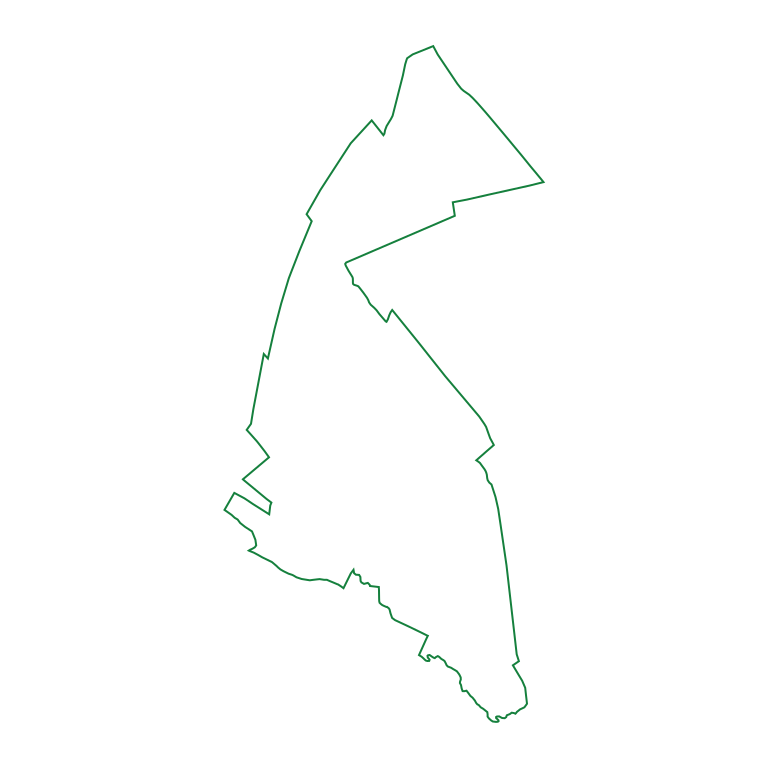 outline of Ion Neculce, Iasi, Romania
{"feature_id": "2599482B50193316932914", "entity_name": "Ion Neculce", "entity_type": "district", "adm_level": 2, "iso_a3": "ROU", "parent_name": "Romania", "parent_adm1": "Iasi", "projection": "mercator", "projection_center": [26.972, 47.231], "detail": "fine", "context": "isolated", "style": "outline", "palette": "green", "viewbox_px": 768, "rotation_deg": 0, "n_neighbors": 0, "source": "geoboundaries", "source_scale": "gbopen_adm2", "svg_char_len": 3651}
<svg xmlns="http://www.w3.org/2000/svg" viewBox="0 0 768 768"><path d="M543.5,182.1L543.2,181.7L536.7,173.8L530.1,165.9L521.6,155.4L503.5,133.6L489.5,116.9L484.8,111.4L477.3,102.9L472.8,98.1L469.2,94.7L463.7,90.9L461.2,88.7L457.2,83.6L437.7,54.5L433.2,46.1L412.7,54.4L407.2,58.2L406.9,58.9L406.5,60.0L405.5,63.3L405.2,64.3L402.9,75.4L398.4,93.0L396.9,99.0L392.6,115.8L390.9,119.1L389.1,122.0L386.6,126.1L385.1,130.1L384.4,133.7L383.4,135.2L371.7,120.4L350.7,143.3L330.4,174.5L320.3,190.1L306.6,214.2L311.7,221.2L299.3,251.2L291.1,272.3L288.8,278.3L281.2,303.5L274.6,328.8L267.9,358.5L263.8,354.0L253.3,409.5L251.0,423.8L246.7,429.9L249.7,433.2L256.9,441.3L258.5,443.3L264.7,451.3L269.0,457.3L242.9,479.3L243.4,479.8L266.6,499.0L271.4,502.6L270.3,505.4L270.2,506.0L269.2,514.3L262.4,510.0L252.9,504.0L244.4,498.3L234.3,492.9L224.5,509.9L227.5,512.0L231.6,514.9L234.7,517.8L237.6,519.5L240.2,523.0L245.1,526.9L252.0,531.4L253.4,534.8L255.4,539.8L256.2,545.4L254.8,547.3L252.3,548.8L250.0,549.8L248.8,550.6L249.4,550.9L253.7,552.6L258.4,555.1L262.2,557.3L272.0,562.1L276.7,566.1L278.1,567.5L280.4,569.4L283.5,571.2L288.6,573.7L292.0,574.8L293.3,575.4L296.5,577.3L301.7,579.0L309.8,580.3L312.7,579.9L316.9,579.4L319.6,579.1L324.1,579.8L326.9,579.8L329.6,581.0L333.5,582.6L337.5,584.3L338.0,584.4L341.2,586.5L343.5,588.2L350.8,573.4L353.5,569.8L354.1,573.2L355.9,574.7L359.1,574.9L360.4,577.0L360.5,579.4L360.6,581.0L361.4,582.4L364.0,583.9L365.9,583.4L367.8,582.9L369.7,584.8L370.0,586.0L377.7,586.9L378.8,587.0L379.0,590.1L379.1,597.5L379.2,601.1L379.6,602.8L381.0,604.1L382.3,605.1L384.4,606.1L386.5,607.0L387.0,606.9L388.9,608.4L389.6,609.6L390.5,613.3L392.1,617.9L395.0,620.1L399.5,622.2L409.5,626.9L421.3,632.6L427.5,635.7L427.8,635.8L426.3,638.9L419.0,655.1L421.6,656.7L423.4,658.3L424.7,659.6L425.9,660.6L427.4,661.0L429.2,660.9L429.6,659.8L429.0,658.9L427.8,657.6L427.5,655.8L428.0,655.3L429.6,655.0L432.3,656.9L433.8,657.8L434.6,658.0L434.8,658.1L435.9,657.1L437.8,656.1L439.2,656.9L441.3,658.9L443.5,660.2L444.6,661.1L445.7,663.2L446.6,665.2L447.8,666.5L451.2,667.8L453.5,669.3L454.3,669.7L456.9,671.3L459.3,674.5L460.7,677.4L460.8,679.5L460.1,681.4L459.9,683.0L461.0,685.0L461.7,688.6L462.6,691.1L464.2,691.2L466.5,690.7L468.0,692.6L470.4,695.9L472.6,697.7L474.9,700.6L476.2,703.0L477.3,704.3L478.8,705.1L480.7,707.3L483.2,708.8L485.8,710.9L487.3,712.1L487.6,714.3L487.6,716.6L488.9,718.4L491.1,720.4L492.8,721.5L496.1,721.9L497.9,721.7L498.6,721.1L498.4,720.2L497.4,719.2L496.1,718.0L496.1,717.0L496.9,716.5L499.2,716.4L500.4,717.1L502.1,718.0L504.7,718.2L506.2,717.1L506.8,715.3L509.8,714.1L511.7,712.7L514.1,713.1L515.4,713.7L516.0,713.1L517.0,711.8L518.3,710.8L520.0,709.4L522.6,708.2L524.4,707.3L526.4,704.6L527.0,703.7L526.0,695.1L525.6,691.5L525.2,687.8L522.2,680.8L518.7,675.0L512.9,665.3L518.9,661.2L516.7,654.3L514.0,630.6L506.5,565.3L500.6,525.0L498.2,508.9L495.5,497.0L491.5,484.5L489.3,482.6L487.7,480.2L487.2,478.1L486.8,474.6L486.2,472.5L485.4,470.7L484.5,469.2L481.7,465.4L480.0,463.0L478.5,461.8L476.3,460.3L486.1,451.7L493.8,445.0L492.6,442.7L490.2,438.3L488.7,434.2L486.1,426.9L484.3,423.9L479.2,416.5L445.2,376.2L418.8,342.9L393.1,311.1L392.2,310.0L390.6,312.3L389.2,315.4L387.9,319.3L386.5,321.8L385.7,321.4L379.4,314.1L376.6,310.3L374.3,307.9L370.7,304.7L369.1,302.4L368.3,300.2L367.0,297.8L363.5,292.9L360.2,288.6L358.3,286.3L356.9,285.7L354.1,284.8L353.2,284.1L352.9,283.0L352.9,280.1L352.8,278.2L352.4,277.0L348.5,270.7L345.8,265.7L345.3,264.3L345.2,263.9L346.2,262.5L454.8,215.8L453.8,209.1L452.8,202.3L466.9,199.6L490.7,194.2L510.1,189.9L529.5,185.6L543.5,182.1Z" fill="none" stroke="#15803d" stroke-width="2"/></svg>